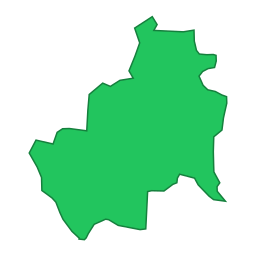 Artik, Shirak, Armenia (orthographic projection), rotated 89°
{"feature_id": "60910142B41372146219443", "entity_name": "Artik", "entity_type": "district", "adm_level": 2, "iso_a3": "ARM", "parent_name": "Armenia", "parent_adm1": "Shirak", "projection": "orthographic", "projection_center": [44.01, 40.585], "detail": "fine", "context": "isolated", "style": "filled", "palette": "green", "viewbox_px": 256, "rotation_deg": 89, "n_neighbors": 0, "source": "geoboundaries", "source_scale": "gbopen_adm2", "svg_char_len": 1192}
<svg xmlns="http://www.w3.org/2000/svg" viewBox="0 0 256 256"><g transform="rotate(89 128 128)"><path d="M31.3,60.3L32.8,71.0L30.9,100.5L25.1,97.1L17.1,101.8L28.2,119.6L43.1,114.8L56.4,119.8L70.9,126.0L78.3,121.9L80.2,135.2L86.1,144.9L82.7,152.5L93.8,166.2L109.3,167.8L130.1,169.3L127.5,186.6L127.6,193.4L131.1,198.9L142.7,203.2L138.5,220.2L151.3,227.2L165.4,219.5L176.0,215.3L189.0,215.2L192.6,210.4L196.6,205.2L200.9,201.4L211.5,197.5L218.1,194.6L225.5,189.3L230.4,185.8L237.3,178.7L238.2,178.9L238.9,173.5L238.1,172.7L237.1,171.7L232.8,169.5L223.7,163.5L218.8,152.0L219.3,149.0L225.2,139.5L229.8,117.7L229.2,112.0L191.9,109.5L191.1,105.5L191.6,93.1L188.5,88.8L185.1,84.1L183.6,80.1L179.0,79.5L175.1,77.2L179.3,62.3L181.3,61.3L186.1,58.8L197.5,48.2L201.1,43.7L202.9,31.9L199.1,34.9L192.8,39.9L188.2,40.0L184.4,37.2L179.8,39.6L173.4,42.9L166.9,43.0L153.1,43.1L146.7,42.8L138.3,42.4L131.7,34.1L124.8,33.1L119.7,32.4L112.6,30.7L104.9,28.8L98.4,28.9L96.6,33.6L95.0,36.5L93.0,40.1L91.2,47.6L86.6,52.2L77.4,56.1L72.8,52.4L70.0,46.9L69.0,40.4L62.5,38.6L56.9,38.7L56.0,41.5L56.1,48.0L55.3,55.4L51.6,58.2L45.0,59.6L42.4,60.2L31.3,60.3Z" fill="#22c55e" stroke="#15803d" stroke-width="1.5"/></g></svg>